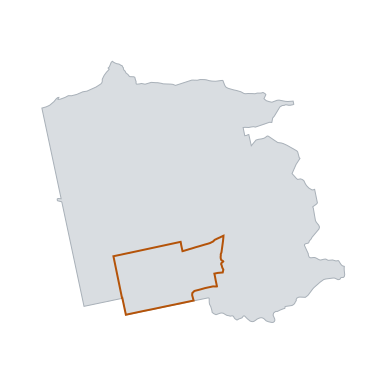 Al Malha, North Darfur, Sudan (highlighted), rotated 258°
{"feature_id": "16777658B62126851922243", "entity_name": "Al Malha", "entity_type": "district", "adm_level": 2, "iso_a3": "SDN", "parent_name": "Sudan", "parent_adm1": "North Darfur", "projection": "robinson", "projection_center": [26.533, 17.176], "detail": "fine", "context": "in_parent", "style": "outline", "palette": "amber", "viewbox_px": 384, "rotation_deg": 258, "n_neighbors": 0, "source": "geoboundaries", "source_scale": "gbopen_adm2", "svg_char_len": 5377}
<svg xmlns="http://www.w3.org/2000/svg" viewBox="0 0 384 384"><g transform="rotate(258 192 192)"><path d="M259.9,309.8L256.7,309.8L256.4,308.9L256.4,306.5L256.7,304.7L257.9,301.9L257.6,300.3L257.8,298.1L256.9,295.6L249.1,288.3L247.6,286.3L243.4,284.5L244.1,282.4L242.3,267.5L243.1,265.8L243.3,263.2L243.3,260.9L244.3,257.1L244.4,255.4L236.1,255.3L236.0,257.0L236.4,258.8L236.4,259.5L224.9,259.6L229.5,265.4L229.7,268.0L229.5,271.2L229.6,273.3L229.9,274.6L231.1,277.2L231.0,277.7L230.7,278.3L222.6,286.1L221.3,289.7L220.2,291.6L217.8,294.8L210.4,303.1L209.2,303.7L203.5,304.0L203.0,304.2L202.5,304.6L202.3,304.5L197.4,299.6L189.2,293.7L183.8,296.8L182.3,297.9L182.3,300.7L181.5,302.2L180.0,303.7L176.0,304.7L174.0,305.6L171.5,307.2L169.1,309.8L168.9,311.2L169.1,312.5L155.3,312.4L154.4,311.4L152.4,307.0L151.0,307.3L138.4,306.8L136.6,307.3L133.0,309.1L131.2,309.4L129.4,308.5L122.7,299.9L121.3,298.8L119.8,296.7L118.4,295.8L117.9,295.2L117.8,294.3L117.8,292.4L117.3,291.2L116.3,290.9L107.4,292.9L106.1,292.7L104.3,293.0L103.6,293.4L102.9,294.5L102.7,296.9L102.5,298.1L101.8,299.4L99.3,302.3L98.7,303.6L98.8,306.9L98.7,308.5L98.3,309.3L97.2,310.5L96.8,311.2L96.3,315.4L94.9,317.9L94.6,318.8L94.5,320.6L94.3,321.1L90.3,322.6L88.8,323.5L87.9,324.9L87.6,325.5L85.9,325.0L83.7,324.6L79.5,324.2L77.8,323.5L77.0,322.5L77.3,320.0L76.9,319.5L76.2,319.0L75.8,317.9L75.9,316.6L78.1,313.7L78.5,312.2L79.1,304.9L79.0,302.7L77.2,298.6L73.2,291.5L72.2,290.1L67.2,284.4L66.6,283.5L65.4,281.0L66.8,275.7L66.9,274.2L66.5,272.7L65.2,271.5L64.1,271.4L62.6,269.9L61.7,269.3L60.8,268.0L60.2,266.2L60.6,259.9L60.4,259.1L59.1,258.8L58.8,258.4L58.8,257.2L58.2,253.6L57.4,250.6L57.8,249.0L56.7,246.7L54.7,245.7L50.7,246.5L49.4,246.4L48.5,245.9L47.9,245.1L47.6,244.1L47.9,242.7L49.1,240.0L50.5,237.8L53.4,235.8L54.2,234.7L54.7,233.5L54.7,232.1L54.5,230.7L54.2,229.4L53.4,227.7L52.6,225.6L52.6,224.2L53.0,223.2L53.7,222.0L56.6,219.7L59.6,217.8L60.1,217.1L59.9,216.3L58.5,214.7L58.1,211.6L57.4,209.4L58.9,207.8L60.0,207.2L61.7,206.7L62.4,206.0L62.6,204.7L62.6,203.5L63.2,202.6L64.0,200.6L64.7,199.7L66.9,197.4L67.5,195.9L67.6,194.4L67.0,190.0L68.3,188.2L70.0,186.7L72.4,186.8L76.1,186.5L78.6,185.8L80.4,185.9L84.5,186.7L84.9,186.3L85.1,185.2L85.4,102.0L102.2,102.0L102.5,101.9L102.6,62.6L208.8,62.6L209.6,62.4L211.3,58.8L212.0,58.5L213.1,58.7L213.5,59.6L212.6,62.6L305.3,62.6L305.6,67.1L306.4,70.7L309.1,75.8L311.4,78.6L312.2,80.1L312.3,80.8L312.2,81.4L311.5,80.7L310.4,80.2L310.2,82.6L310.9,87.5L311.9,91.0L311.2,94.2L311.4,99.6L312.7,106.0L312.5,110.2L314.6,119.9L316.6,125.2L317.6,126.5L318.8,127.2L321.0,127.7L324.4,130.4L327.0,133.3L328.0,134.8L329.3,136.5L330.1,136.2L330.7,135.7L331.5,137.1L335.7,140.0L336.4,141.3L334.9,142.6L333.2,144.9L332.4,147.0L332.0,147.6L330.6,148.9L330.4,149.6L329.8,150.0L329.2,150.0L327.7,150.7L326.5,150.5L325.2,150.9L324.7,151.4L323.7,151.8L322.3,152.1L320.2,153.8L318.3,154.7L317.7,155.4L316.8,159.0L316.1,159.9L313.3,160.0L311.9,160.3L310.1,159.9L309.2,160.0L308.9,160.7L308.6,163.7L308.7,165.0L307.2,168.5L307.7,175.0L306.3,179.8L306.1,181.0L304.6,184.8L303.8,186.2L302.0,193.4L301.3,195.6L299.7,198.0L301.5,215.2L300.2,220.5L300.3,223.4L299.3,227.7L298.6,229.6L297.3,232.0L296.3,234.7L295.4,238.2L294.9,244.8L294.6,245.4L289.6,246.2L288.1,246.7L287.1,247.4L285.8,249.1L283.3,253.8L282.0,256.7L279.9,260.6L277.5,263.4L277.0,264.7L276.7,267.2L275.8,271.2L275.0,274.0L275.2,276.3L274.4,280.2L274.6,282.1L273.7,283.2L272.6,284.2L271.8,284.5L268.3,281.8L265.9,283.6L264.4,286.2L263.2,288.8L264.0,294.2L263.9,295.4L263.6,296.7L261.3,302.1L260.6,304.5L260.0,308.8L259.9,309.8Z" fill="#d9dde1" stroke="#a8b0b8" stroke-width="1"/><path d="M145.5,127.3L145.5,107.4L145.5,101.8L102.9,101.5L102.9,101.8L85.7,101.8L85.7,109.7L85.7,110.5L85.7,120.2L85.6,128.5L85.6,140.4L85.5,164.7L85.5,165.8L85.5,171.0L91.1,170.7L93.1,171.3L94.7,173.8L94.9,178.8L95.0,180.6L95.3,184.9L95.3,185.0L95.3,189.2L95.3,191.1L95.3,191.9L95.3,192.9L95.0,194.1L94.8,194.8L94.6,195.9L94.5,196.2L94.4,196.7L94.5,196.8L97.2,196.8L97.8,196.8L100.4,196.8L104.4,196.9L107.5,196.9L107.5,197.0L107.5,200.4L106.9,205.3L108.4,206.0L109.5,206.5L111.7,205.9L113.8,205.8L115.5,205.5L116.4,206.0L116.8,206.8L117.5,208.1L117.9,208.0L118.6,207.3L119.4,206.5L119.9,206.4L120.9,206.3L122.6,206.5L123.6,206.9L125.2,207.2L126.9,208.3L137.5,212.1L140.6,213.1L142.0,213.5L142.7,213.7L142.6,213.1L142.5,212.8L142.4,212.4L142.3,212.2L142.2,211.7L142.1,211.0L142.0,210.7L141.8,210.1L141.7,209.6L141.6,208.9L141.5,208.6L141.3,207.8L141.3,207.6L141.2,207.4L141.2,207.2L141.1,206.8L141.1,206.7L141.0,206.4L140.8,205.7L140.7,205.1L140.6,204.7L140.5,204.4L140.4,204.2L140.2,203.8L140.1,203.7L139.9,203.5L139.8,203.3L139.8,203.2L139.7,203.0L139.6,202.9L139.4,202.6L139.2,202.3L139.2,202.2L139.1,201.9L139.0,201.7L138.9,201.1L138.8,200.7L138.7,200.5L138.6,200.0L138.4,199.3L138.3,199.1L138.3,198.8L138.3,198.6L138.3,198.4L138.2,198.1L138.2,197.9L138.2,197.7L138.1,196.8L137.9,193.4L137.4,187.3L137.3,185.2L137.2,184.0L136.8,179.8L136.6,176.6L136.5,176.1L136.4,174.5L136.3,173.4L136.3,173.1L136.2,172.7L136.2,172.2L136.2,171.8L136.1,171.3L136.1,171.2L136.1,170.9L136.1,170.7L136.1,170.4L136.3,170.4L136.5,170.4L137.1,170.4L138.1,170.4L138.5,170.4L138.8,170.4L139.8,170.4L140.9,170.4L141.5,170.4L142.0,170.4L142.7,170.4L144.1,170.5L144.5,170.5L145.6,170.5L145.6,170.4L145.5,127.3Z" fill="none" stroke="#b45309" stroke-width="2"/></g></svg>